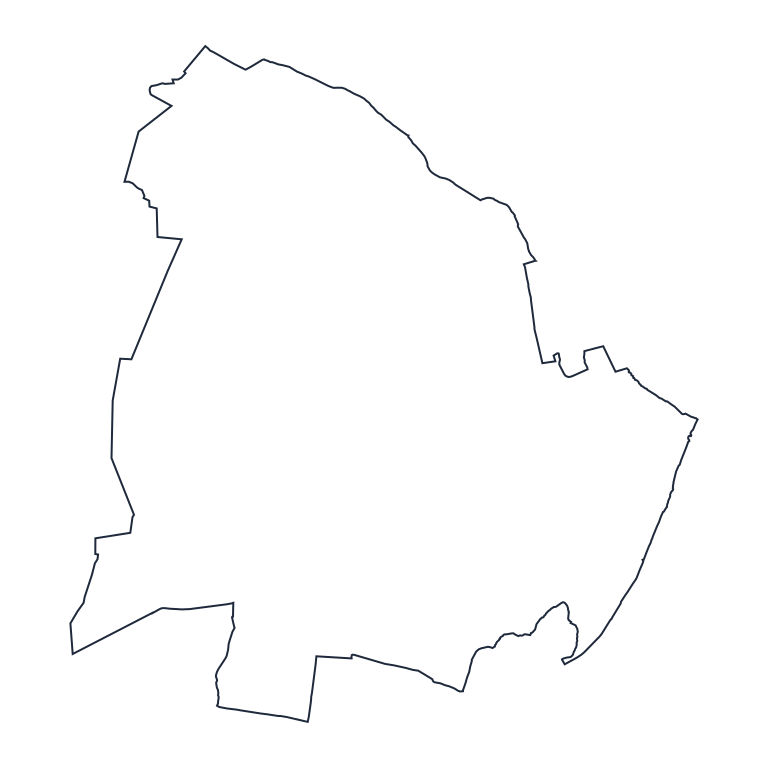 Margineni, Neamt, Romania (Natural Earth projection)
{"feature_id": "2599482B23052951043248", "entity_name": "Margineni", "entity_type": "district", "adm_level": 2, "iso_a3": "ROU", "parent_name": "Romania", "parent_adm1": "Neamt", "projection": "natural_earth1", "projection_center": [26.666, 46.886], "detail": "fine", "context": "isolated", "style": "outline", "palette": "slate", "viewbox_px": 768, "rotation_deg": 0, "n_neighbors": 0, "source": "geoboundaries", "source_scale": "gbopen_adm2", "svg_char_len": 6066}
<svg xmlns="http://www.w3.org/2000/svg" viewBox="0 0 768 768"><path d="M492.6,648.0L494.1,646.9L494.8,646.6L495.0,645.4L495.3,644.8L495.8,644.4L496.4,642.8L497.2,641.7L499.0,640.1L499.1,639.4L499.9,639.0L500.1,638.6L500.0,638.0L500.5,637.4L501.2,636.8L502.9,635.9L503.2,635.2L504.3,634.4L506.7,634.3L512.2,633.3L513.6,633.4L514.8,634.3L518.3,636.1L520.1,635.4L521.8,635.7L522.5,635.5L524.4,634.3L525.6,634.3L530.2,635.1L530.5,634.7L530.9,633.1L532.3,632.6L535.1,629.5L536.5,624.2L540.3,619.0L540.8,618.7L541.7,617.7L542.2,617.7L543.5,617.1L544.2,615.8L545.3,614.9L546.1,613.4L548.5,610.9L550.0,609.9L550.9,608.9L553.8,607.0L555.6,606.9L556.3,606.6L560.9,603.3L562.7,602.3L563.3,602.2L564.5,602.7L565.4,603.5L567.1,605.7L567.9,607.9L568.1,609.9L568.9,612.1L568.6,612.4L568.7,613.5L568.1,618.7L568.7,619.6L568.7,620.2L571.1,621.9L570.6,623.0L575.6,625.4L577.4,629.2L577.4,629.7L577.8,631.8L577.1,634.4L577.4,637.1L576.9,638.1L577.2,640.2L577.2,641.4L576.6,642.4L576.7,644.6L576.6,645.3L576.1,647.4L575.3,648.6L574.5,650.9L573.8,651.8L572.9,654.8L571.2,656.6L570.3,657.1L567.1,657.5L564.7,658.1L562.8,658.8L562.0,659.3L562.0,659.7L564.7,664.3L576.6,657.8L581.2,654.8L584.2,652.3L599.7,636.4L601.6,634.0L609.9,620.7L610.7,619.5L611.4,619.2L612.6,616.8L620.7,603.5L620.9,602.1L621.3,601.3L626.0,594.1L626.9,593.0L633.1,583.3L635.7,579.6L636.7,577.8L639.6,570.2L642.4,563.8L643.2,561.5L643.2,561.0L642.5,559.8L642.9,559.6L643.7,559.7L647.5,549.8L649.1,545.9L650.5,543.2L651.3,540.6L651.9,539.0L652.4,538.3L652.6,537.1L657.1,526.1L659.0,522.1L660.9,516.6L663.0,512.0L663.4,512.0L664.0,511.4L666.0,508.0L666.9,507.1L667.2,504.3L668.0,502.4L668.3,500.7L669.9,497.2L670.2,496.1L670.1,494.8L670.4,493.8L671.1,492.2L672.1,490.9L672.7,490.5L673.2,489.1L672.9,488.7L672.7,488.1L673.1,486.8L672.9,485.7L673.5,483.5L673.4,482.6L676.1,471.5L678.7,465.6L679.7,464.8L681.2,460.0L686.2,447.5L688.3,441.7L689.3,441.1L689.2,440.1L688.4,439.1L688.1,437.9L688.3,437.0L688.7,436.2L689.6,435.8L690.8,436.2L691.1,435.8L691.3,435.2L690.5,433.7L690.9,432.3L692.0,430.7L693.0,429.8L695.3,424.1L697.6,419.4L695.8,418.1L694.9,418.1L693.8,417.5L691.2,416.8L685.5,413.6L684.3,414.1L682.6,414.1L681.9,413.8L674.6,406.6L670.7,404.0L668.1,402.0L666.9,401.3L665.8,401.4L661.7,398.7L659.3,397.9L656.5,395.5L647.3,389.8L646.8,388.8L645.2,388.4L642.5,386.4L641.5,386.0L640.7,385.3L640.7,384.9L640.3,384.5L639.1,383.5L638.7,382.3L637.5,380.8L636.4,380.2L635.2,379.9L634.8,379.6L634.7,378.9L634.3,378.1L633.3,377.9L633.1,376.9L633.1,376.1L631.6,375.3L631.3,374.9L631.3,373.9L630.3,372.7L628.8,372.3L628.7,371.9L629.0,371.1L628.8,370.2L626.9,368.3L615.5,371.7L603.2,346.2L584.4,351.1L584.4,353.5L583.9,357.6L584.5,359.4L584.8,360.7L584.6,361.7L584.7,362.5L587.3,367.5L587.6,369.3L572.2,376.2L569.8,376.9L568.6,377.0L567.5,376.7L565.9,376.0L565.2,375.4L564.2,374.1L559.9,365.8L559.4,364.8L559.3,363.6L559.4,361.8L559.8,360.7L560.0,359.5L559.3,357.2L558.8,353.8L558.5,353.4L557.5,353.3L557.0,353.5L553.6,355.6L555.4,361.3L542.4,363.2L536.8,338.7L534.5,329.4L534.4,326.8L531.0,300.4L530.8,297.3L529.9,294.1L528.7,288.3L528.3,285.8L528.4,284.6L526.8,277.4L525.3,268.8L525.0,267.1L523.8,264.3L534.7,260.9L535.6,260.8L534.8,260.0L534.7,259.4L533.2,257.2L531.2,255.2L529.0,251.5L528.9,250.7L528.2,249.1L527.3,243.3L525.0,238.9L524.1,237.9L518.0,226.8L517.8,226.2L517.9,224.9L518.2,224.3L514.7,216.4L514.9,215.6L514.5,214.9L512.6,212.4L511.8,212.0L508.9,207.0L506.7,204.9L498.6,202.0L497.5,201.1L494.8,199.9L493.3,198.6L489.5,197.8L487.3,197.8L482.1,199.4L480.5,200.3L455.4,184.6L453.2,182.5L449.3,180.0L445.5,178.5L439.9,177.3L434.5,174.3L432.8,173.1L431.5,172.1L429.8,170.3L427.5,166.1L427.5,164.6L427.2,162.9L425.3,157.9L424.1,155.8L421.7,152.7L415.7,145.9L412.8,143.3L411.3,140.5L408.5,137.3L408.2,136.4L408.5,135.5L407.6,135.4L399.9,130.0L395.2,126.4L393.5,125.4L389.6,121.9L386.1,119.6L381.9,115.3L380.8,114.4L377.9,112.7L375.6,110.3L373.4,107.6L371.3,105.8L369.1,102.8L366.3,100.7L364.0,98.5L359.8,96.2L354.0,93.7L349.5,91.1L347.5,90.2L345.2,88.8L341.6,87.7L333.2,87.8L328.4,86.0L314.8,79.2L308.3,76.3L306.3,75.8L301.9,73.6L296.8,71.5L289.4,66.9L282.7,65.2L278.0,64.3L274.7,63.0L272.3,62.2L270.4,62.1L267.7,60.8L264.9,59.9L264.2,59.4L262.2,59.9L261.3,60.5L251.6,66.4L246.3,69.3L245.4,69.6L234.0,63.9L215.5,53.3L212.4,51.6L210.8,51.0L210.0,50.5L208.0,48.3L205.3,46.1L184.1,71.5L185.6,73.2L181.4,77.7L178.0,79.5L172.5,79.5L173.7,83.3L165.1,83.9L162.2,83.3L156.8,85.1L151.4,86.1L150.0,87.8L149.6,90.0L150.2,92.9L150.7,94.3L151.9,95.2L171.5,105.9L138.6,131.6L124.5,181.8L128.7,181.7L132.7,183.3L136.8,187.3L138.2,188.3L142.0,190.1L144.4,195.9L143.6,198.1L149.2,200.7L149.5,206.6L156.7,208.4L157.5,237.0L181.7,239.3L167.8,270.7L131.4,359.3L120.2,358.7L112.7,400.5L111.5,458.1L134.0,514.8L132.5,517.1L130.3,532.8L95.4,538.3L95.3,554.0L98.1,554.5L97.5,559.2L94.9,563.3L91.9,574.9L84.7,596.9L83.6,602.8L77.4,611.5L70.4,623.4L72.7,654.0L152.5,612.8L152.5,613.1L153.8,612.4L160.0,608.9L161.9,608.2L164.7,608.1L169.6,608.7L181.9,609.4L189.6,609.1L226.7,604.3L231.6,603.4L233.3,602.8L233.0,616.6L232.3,616.7L232.0,617.3L234.3,627.3L234.6,627.8L232.4,631.9L229.6,640.7L228.6,644.3L228.1,649.8L226.5,656.3L225.4,658.4L218.3,669.2L217.0,671.9L216.2,674.4L215.9,676.4L217.0,679.7L217.1,680.3L217.0,680.9L216.3,682.1L216.2,683.6L216.9,687.6L218.0,690.2L218.3,692.8L218.1,695.5L218.6,696.7L218.7,697.6L218.1,701.3L218.0,703.5L217.0,705.7L219.3,707.0L226.5,708.4L237.2,709.7L240.3,710.3L260.7,713.5L267.2,714.3L278.4,716.0L280.6,716.0L286.6,717.0L307.7,721.9L308.8,716.7L310.7,703.1L311.1,699.5L311.2,696.8L311.9,693.3L315.6,664.5L316.4,656.3L351.3,658.4L351.6,658.4L351.5,656.5L351.8,655.1L352.5,654.7L354.0,654.8L385.1,663.9L394.2,665.4L406.1,668.0L412.9,669.9L418.3,670.7L432.3,679.2L432.9,680.8L433.5,681.6L434.2,682.1L435.8,682.5L440.4,683.3L445.0,685.2L449.2,686.3L454.5,688.5L458.1,690.8L460.0,691.5L463.0,691.2L463.0,690.2L465.3,683.7L467.1,677.4L469.2,671.9L470.3,666.2L471.8,661.1L471.8,659.7L476.1,651.7L478.6,649.4L481.3,648.3L487.9,646.8L489.8,647.1L492.6,648.0Z" fill="none" stroke="#1e293b" stroke-width="2"/></svg>